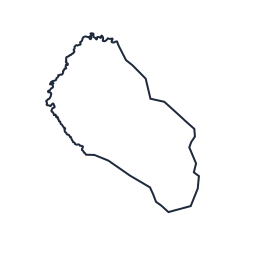 Mogod, Bulgan, Mongolia (Albers equal-area conic projection), rotated 325°
{"feature_id": "93677404B32006231606780", "entity_name": "Mogod", "entity_type": "district", "adm_level": 2, "iso_a3": "MNG", "parent_name": "Mongolia", "parent_adm1": "Bulgan", "projection": "albers", "projection_center": [102.81, 48.255], "detail": "fine", "context": "isolated", "style": "outline", "palette": "slate", "viewbox_px": 256, "rotation_deg": 325, "n_neighbors": 0, "source": "geoboundaries", "source_scale": "gbopen_adm2", "svg_char_len": 5186}
<svg xmlns="http://www.w3.org/2000/svg" viewBox="0 0 256 256"><g transform="rotate(325 128 128)"><path d="M181.8,166.8L178.8,154.2L178.0,150.2L172.8,127.4L163.2,116.9L170.8,97.7L167.6,78.9L165.3,71.3L167.5,55.4L168.6,50.8L167.4,50.1L166.9,50.0L166.2,50.1L165.7,49.9L164.9,49.4L164.3,48.9L164.1,48.6L164.1,48.4L164.1,47.9L164.3,47.5L165.3,46.9L166.0,46.7L166.4,46.2L166.4,45.7L166.1,45.5L165.6,45.3L164.2,44.6L163.6,44.0L163.3,43.7L163.0,43.1L162.9,43.0L162.4,43.1L161.5,43.5L159.4,43.7L159.1,43.6L158.4,43.3L157.5,42.5L157.4,42.1L157.5,41.9L157.6,41.7L158.1,41.4L158.9,40.5L159.1,40.2L159.5,39.3L159.6,38.8L159.6,38.3L159.5,37.5L159.3,37.2L159.0,37.2L157.9,38.4L157.5,38.5L157.3,38.5L157.0,38.1L156.9,37.5L156.6,37.1L155.8,36.3L155.2,36.0L154.6,36.0L154.3,36.1L154.1,36.4L153.9,37.1L153.6,37.3L153.2,37.4L152.9,37.2L152.8,36.7L152.8,35.7L152.8,35.3L152.4,34.5L152.3,34.1L152.2,33.5L152.3,33.0L152.4,32.8L152.7,32.4L153.4,31.6L153.6,31.2L153.7,30.9L153.6,30.7L153.4,30.4L152.2,29.3L151.9,29.2L151.5,29.2L151.5,29.3L151.5,29.5L151.9,30.2L151.9,30.4L151.9,30.9L151.7,31.2L151.5,31.3L151.1,31.2L150.4,30.9L150.0,30.9L149.9,31.0L150.0,32.3L150.0,32.8L149.9,33.1L149.5,33.3L149.1,33.5L148.7,33.7L148.3,33.7L148.1,33.5L147.8,32.9L147.9,32.4L148.1,32.0L148.1,31.5L148.1,31.1L147.9,30.8L147.2,30.4L146.2,29.1L145.4,28.5L145.1,28.3L144.1,28.1L143.3,28.1L142.6,28.4L142.0,28.7L141.6,29.1L140.9,29.8L140.1,30.2L139.1,30.4L138.6,30.2L138.4,30.2L138.2,30.3L137.8,30.5L137.6,31.5L137.2,32.1L137.0,32.3L136.5,32.3L135.3,31.7L134.3,31.6L134.0,31.5L133.9,31.4L133.2,30.5L132.4,30.5L131.6,30.7L131.3,30.7L130.9,30.7L130.7,30.9L130.5,31.4L130.0,32.1L129.5,32.3L128.4,32.7L128.3,32.9L128.1,33.5L128.2,33.9L128.2,34.1L128.0,34.4L127.7,34.8L127.4,34.9L126.9,34.9L126.7,34.9L126.2,35.3L125.9,35.4L125.6,35.4L125.2,35.1L124.6,35.1L123.5,35.4L123.2,35.4L122.7,35.1L122.2,35.0L121.3,35.2L120.4,35.0L119.5,35.1L118.7,34.7L118.4,34.7L118.0,34.9L117.8,35.0L117.1,35.6L116.7,36.5L116.1,37.0L116.1,37.4L115.8,37.9L115.2,38.0L115.0,38.3L115.0,38.6L115.1,39.0L115.0,39.4L115.2,39.6L115.2,40.2L115.5,40.6L115.5,40.8L115.1,41.5L114.9,41.7L114.5,41.7L114.0,41.3L113.8,41.1L113.8,40.9L113.5,40.7L113.2,40.8L113.0,41.0L112.7,41.5L112.1,41.9L112.0,42.0L111.9,42.6L111.7,43.1L111.6,43.6L111.1,43.7L110.2,43.1L109.8,43.1L108.9,43.8L108.5,43.9L108.2,44.1L107.6,44.0L107.4,44.1L107.1,44.5L107.0,45.0L106.8,45.2L106.5,45.5L105.0,46.3L104.3,46.3L103.6,45.6L103.3,45.5L102.7,45.4L102.4,45.5L102.1,45.5L101.9,45.4L101.6,45.2L101.3,44.8L101.0,45.0L100.6,45.5L100.4,45.8L99.9,46.1L99.0,46.2L98.2,46.1L97.8,46.3L96.9,47.2L96.6,47.3L96.2,47.4L95.7,47.3L95.0,47.0L94.4,47.0L94.1,46.7L93.4,46.4L93.2,46.5L92.8,46.5L92.0,46.2L91.4,46.3L89.5,47.2L89.4,47.4L89.3,47.5L89.5,47.7L90.2,47.7L90.6,47.9L90.8,47.9L91.7,47.7L92.1,47.8L92.4,48.1L92.5,48.3L92.5,48.5L92.4,48.8L91.5,48.8L91.3,48.9L91.0,49.0L90.7,49.3L90.6,49.5L90.7,50.2L90.5,50.8L90.2,51.3L89.6,51.5L89.4,51.7L88.5,51.6L88.0,51.5L87.5,51.5L86.1,52.1L85.5,52.3L84.9,52.4L84.2,52.3L84.8,52.2L85.0,52.1L84.9,52.0L84.1,51.9L83.8,51.9L83.6,52.1L83.4,52.3L83.3,52.6L83.3,53.0L83.6,53.3L84.0,53.7L84.7,54.2L84.8,54.4L84.9,54.8L84.9,55.5L84.8,56.0L83.7,56.8L82.9,57.7L81.4,58.4L80.7,58.8L80.2,58.9L79.4,58.6L79.1,58.6L77.8,58.9L77.2,58.8L76.5,59.0L76.3,59.2L76.2,59.6L76.3,60.1L76.1,60.8L76.0,61.1L75.6,61.5L75.1,61.8L74.8,62.1L74.8,62.6L74.9,63.0L75.6,63.6L76.1,64.1L76.6,64.7L76.6,64.8L76.7,65.1L76.8,65.3L77.1,65.5L77.5,65.6L78.4,65.2L78.8,65.0L80.1,64.9L80.4,64.9L80.7,65.0L80.8,65.2L80.8,65.5L80.6,66.2L80.6,66.5L80.4,66.8L80.3,67.0L80.4,67.9L80.3,68.1L79.9,68.7L79.7,68.9L79.3,68.9L77.9,68.6L77.5,68.5L77.2,68.6L76.3,69.3L75.4,69.7L75.2,69.9L75.0,70.5L75.0,70.8L75.0,71.1L75.4,71.7L75.4,72.1L75.5,72.6L75.3,73.6L75.2,73.9L74.9,74.5L74.8,74.9L74.9,75.0L75.0,75.1L75.8,75.2L76.1,75.3L76.3,75.9L76.3,76.1L75.9,76.7L75.6,77.3L75.5,77.5L75.6,77.9L75.7,78.0L76.5,78.2L76.6,78.3L76.6,78.5L76.5,79.0L76.4,79.5L76.3,79.4L76.2,79.3L75.9,79.6L75.9,79.8L75.9,80.2L75.9,81.1L75.8,81.5L75.8,81.8L75.7,82.4L75.4,82.8L75.5,83.1L75.9,83.5L76.0,83.7L76.0,84.1L75.9,84.4L75.7,84.7L75.6,85.0L75.4,85.5L75.3,86.0L75.6,86.9L75.7,87.1L75.8,88.2L75.7,88.6L75.7,89.5L75.7,91.2L75.6,91.6L76.0,91.4L76.2,91.5L76.2,92.2L76.1,92.6L75.3,92.9L75.0,93.1L74.4,94.2L74.2,94.9L74.3,95.6L74.5,95.9L74.5,96.5L74.6,97.1L74.3,97.9L74.3,98.1L74.5,98.5L75.0,99.0L75.2,99.5L75.5,99.7L75.5,99.9L75.7,100.7L75.5,101.1L75.5,101.5L75.3,102.1L75.5,102.3L75.9,102.6L75.6,103.1L75.7,103.9L75.5,104.5L75.4,105.1L75.2,105.4L75.3,106.9L74.9,107.7L74.9,108.0L75.0,108.2L75.7,109.1L75.8,109.4L75.8,109.7L75.4,110.5L75.8,111.4L76.1,111.9L76.4,112.1L76.9,112.5L77.8,112.9L78.0,113.0L78.3,113.3L78.4,113.5L78.5,113.8L78.5,114.7L78.5,114.9L79.4,115.6L79.8,116.3L80.3,116.8L80.4,117.1L80.4,117.4L80.1,117.7L79.2,118.4L78.0,119.0L77.8,119.4L77.7,119.7L77.8,120.0L78.1,120.9L78.1,121.0L78.0,121.4L78.1,121.8L78.1,122.2L77.8,122.8L78.2,123.4L78.3,124.2L78.3,125.8L85.0,130.8L93.2,143.4L102.3,168.1L112.0,189.4L111.5,191.5L110.7,196.2L108.6,204.5L110.8,210.8L112.9,220.1L118.3,222.0L134.6,227.9L150.4,217.6L158.5,208.1L156.5,202.1L163.4,196.1L167.1,179.0L171.9,175.7L177.9,173.4L181.8,166.8Z" fill="none" stroke="#1e293b" stroke-width="2"/></g></svg>